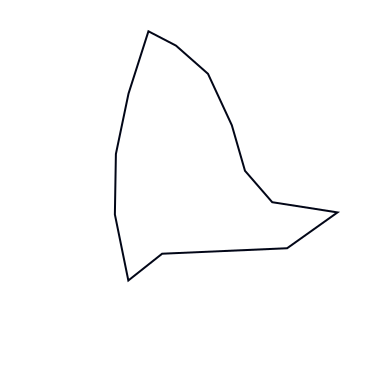 the border of Ceuta, rotated 36°
{"feature_id": "ESP-5815", "entity_name": "Ceuta", "entity_type": "Autonomous City", "adm_level": 1, "iso_a3": "ESP", "parent_name": "Spain", "parent_adm1": "", "projection": "orthographic", "projection_center": [-5.347, 35.887], "detail": "fine", "context": "isolated", "style": "outline", "palette": "ink", "viewbox_px": 384, "rotation_deg": 36, "n_neighbors": 0, "source": "natural_earth", "source_scale": "10m", "svg_char_len": 327}
<svg xmlns="http://www.w3.org/2000/svg" viewBox="0 0 384 384"><g transform="rotate(36 192 192)"><path d="M192.5,301.0L142.8,255.5L108.1,206.0L82.8,149.7L62.3,87.6L93.0,83.0L135.5,87.0L185.0,114.6L222.4,143.7L262.9,153.1L321.7,123.0L302.0,181.6L204.1,259.5L192.5,301.0Z" fill="none" stroke="#020617" stroke-width="2"/></g></svg>